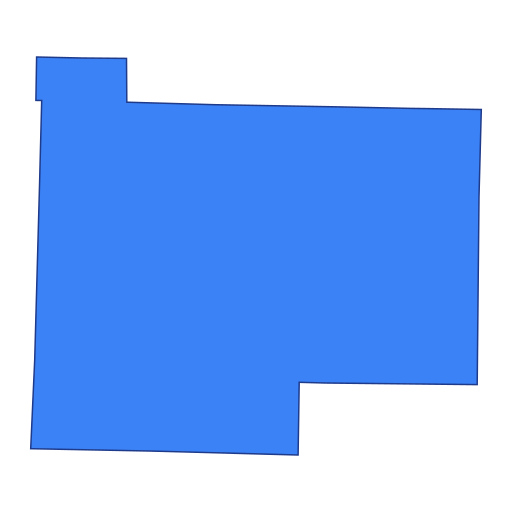 Searcy, Arkansas, United States of America (Robinson projection)
{"feature_id": "52423323B68160313903633", "entity_name": "Searcy", "entity_type": "district", "adm_level": 2, "iso_a3": "USA", "parent_name": "United States of America", "parent_adm1": "Arkansas", "projection": "robinson", "projection_center": [-92.707, 35.917], "detail": "fine", "context": "isolated", "style": "filled", "palette": "blue", "viewbox_px": 512, "rotation_deg": 0, "n_neighbors": 0, "source": "geoboundaries", "source_scale": "gbopen_adm2", "svg_char_len": 374}
<svg xmlns="http://www.w3.org/2000/svg" viewBox="0 0 512 512"><path d="M477.2,384.6L479.0,196.7L481.3,109.5L426.9,108.6L410.8,108.4L339.5,106.9L214.6,104.7L126.8,102.2L126.5,58.4L81.6,58.0L36.6,57.0L35.9,100.4L41.7,100.5L39.6,182.4L34.7,360.0L30.7,448.7L149.0,451.0L298.1,455.0L299.2,382.3L325.5,383.0L477.2,384.6Z" fill="#3b82f6" stroke="#1e3a8a" stroke-width="1.5"/></svg>